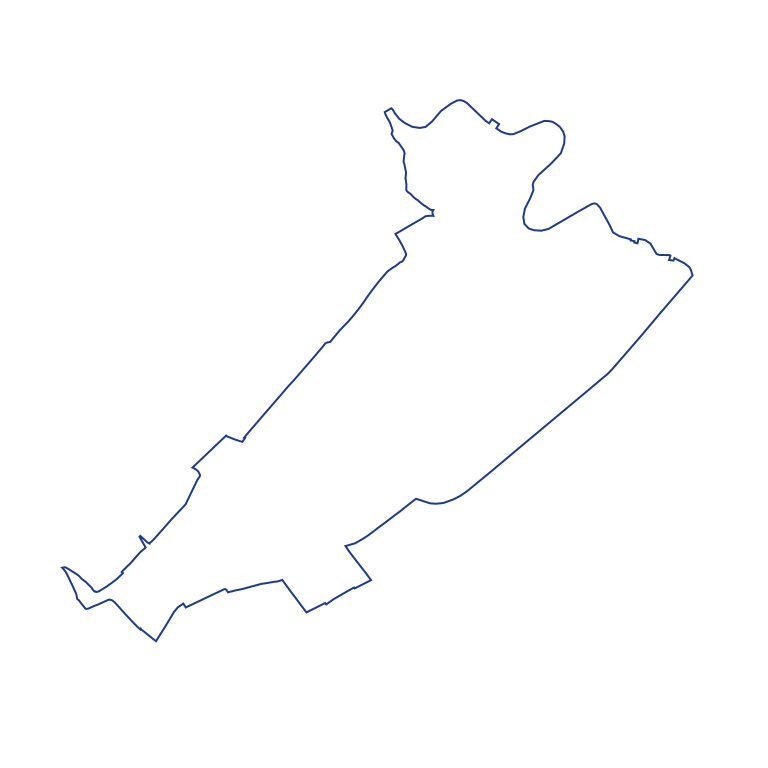 the district of Dobroesti, Ilfov, Romania, rotated 190°
{"feature_id": "2599482B22060634534240", "entity_name": "Dobroesti", "entity_type": "district", "adm_level": 2, "iso_a3": "ROU", "parent_name": "Romania", "parent_adm1": "Ilfov", "projection": "mercator", "projection_center": [26.199, 44.47], "detail": "fine", "context": "isolated", "style": "outline", "palette": "blue", "viewbox_px": 768, "rotation_deg": 190, "n_neighbors": 0, "source": "geoboundaries", "source_scale": "gbopen_adm2", "svg_char_len": 5376}
<svg xmlns="http://www.w3.org/2000/svg" viewBox="0 0 768 768"><g transform="rotate(190 384 384)"><path d="M648.6,118.8L648.4,118.7L647.0,118.1L646.7,117.8L646.6,117.7L646.2,117.3L645.6,116.7L644.6,115.9L643.7,115.0L642.7,114.2L642.1,113.6L641.0,112.7L640.1,111.9L638.9,110.9L638.3,110.8L638.1,110.8L637.3,111.1L636.3,111.4L630.7,115.2L627.1,117.3L625.4,118.5L620.9,121.6L620.4,121.9L618.5,123.2L617.9,123.7L616.5,124.0L614.1,123.7L611.7,122.5L607.1,119.0L605.8,118.0L602.4,115.2L600.0,113.4L599.1,112.7L590.3,106.1L587.6,104.1L583.7,101.4L581.2,99.9L581.0,100.6L580.8,100.3L580.7,100.2L578.5,99.1L574.1,96.7L568.8,93.8L568.7,93.7L564.6,91.5L563.9,91.1L562.8,93.7L562.0,95.7L560.2,100.1L558.5,104.3L557.4,107.0L554.4,114.6L553.0,118.4L552.8,118.8L551.9,121.3L551.5,122.3L551.4,122.7L551.3,122.9L550.6,124.1L548.3,128.2L546.5,130.0L544.6,131.8L543.5,132.9L540.4,129.5L540.0,129.8L514.6,147.9L509.9,151.1L506.3,153.8L504.7,154.5L503.8,154.2L502.7,153.1L501.4,151.7L499.1,152.9L498.1,153.2L497.3,153.6L494.8,154.8L491.7,156.0L488.8,157.1L485.3,158.7L483.2,159.7L480.6,160.9L478.6,161.9L474.4,163.8L470.3,165.8L467.8,166.6L464.6,167.7L460.1,169.3L457.2,170.3L455.5,170.7L452.7,172.0L450.2,173.4L449.0,172.3L447.5,170.8L438.7,162.4L433.1,157.2L430.6,154.8L423.5,148.2L420.7,145.6L403.9,158.1L402.6,156.9L396.2,163.4L383.9,173.7L378.1,178.4L377.3,177.6L369.4,183.6L368.3,184.4L367.1,185.3L364.3,187.4L362.7,188.6L369.0,194.6L382.3,206.6L389.4,213.2L393.8,217.7L390.7,219.2L389.0,220.1L387.1,221.0L385.1,221.9L382.5,224.0L380.1,226.0L376.3,229.3L372.7,232.8L369.7,236.0L364.9,241.3L362.3,244.0L358.8,247.7L356.1,250.6L349.5,257.8L347.9,259.4L345.9,261.5L344.5,263.1L342.8,265.2L337.4,271.2L334.5,274.4L334.4,274.5L334.1,274.9L332.8,276.1L332.5,276.5L329.3,276.1L318.0,274.5L312.0,275.1L305.3,277.0L304.0,277.6L295.8,282.3L289.5,287.0L284.0,292.4L273.5,304.6L262.7,317.2L256.4,324.7L249.2,333.3L242.3,341.6L216.3,372.4L177.4,418.6L170.8,426.5L165.3,433.0L161.4,438.9L153.3,452.4L138.3,477.5L124.5,501.4L103.1,537.4L99.0,544.4L101.5,549.5L103.4,552.0L109.0,555.0L119.8,558.4L120.3,555.8L124.8,555.6L124.2,560.1L125.2,560.5L135.3,558.9L138.2,559.4L146.1,568.6L151.8,571.1L158.7,571.2L158.8,566.6L162.1,566.8L162.1,568.1L166.0,568.2L166.0,569.3L178.0,570.5L184.8,573.1L189.2,579.4L201.8,595.2L205.8,598.2L208.2,598.4L210.7,597.3L222.9,587.3L248.9,565.3L255.7,562.3L262.6,561.5L268.3,562.2L273.5,566.0L275.8,572.6L275.7,581.1L272.3,592.2L270.5,600.9L272.1,606.0L271.8,609.1L268.2,616.6L257.4,630.5L249.9,642.0L248.3,652.0L249.1,659.2L251.3,663.5L255.4,667.7L260.2,670.2L263.9,671.5L267.4,671.5L271.9,670.9L285.3,662.7L293.2,656.8L300.0,652.5L303.6,651.7L307.9,652.0L312.6,652.9L317.8,655.3L315.8,659.9L323.6,663.5L325.7,659.0L329.8,660.9L343.1,669.8L351.3,675.2L354.6,676.5L357.6,676.9L361.4,675.8L366.8,671.6L375.2,662.9L382.3,650.8L387.7,644.4L393.2,642.4L400.8,642.2L408.8,644.6L415.2,647.9L420.8,653.0L422.6,655.3L424.5,656.8L425.5,656.2L428.0,654.0L430.5,651.9L429.5,650.0L428.4,648.5L427.0,646.6L425.4,644.8L423.5,642.4L421.8,639.4L419.4,634.9L420.0,631.6L416.9,627.7L414.1,625.2L411.5,624.0L409.3,621.8L405.2,617.6L403.7,614.7L403.8,612.6L403.6,610.0L403.5,608.0L403.2,606.0L401.9,603.5L400.1,598.9L399.0,596.1L398.9,594.3L398.6,592.4L398.7,591.0L396.6,584.5L395.8,579.2L394.9,577.9L393.7,577.1L390.6,575.7L388.8,574.2L386.8,572.8L384.4,571.5L382.5,570.8L378.9,568.5L376.5,567.3L375.2,566.6L374.1,566.4L372.0,565.3L370.0,564.3L367.8,563.6L365.6,563.9L366.2,562.2L365.9,560.5L364.6,558.1L365.4,558.1L368.5,557.5L370.6,557.0L370.9,556.9L372.4,556.3L374.3,554.4L380.4,549.2L383.7,546.5L390.4,540.8L394.6,537.2L397.2,535.1L398.8,533.8L397.3,532.1L393.6,528.0L389.4,522.7L387.9,520.5L386.2,518.1L384.8,516.0L384.7,514.5L385.8,511.5L386.1,510.3L386.9,508.5L387.9,507.3L389.4,506.6L390.1,505.7L391.0,504.5L392.2,503.2L393.3,502.0L394.6,501.0L397.2,498.5L400.3,495.2L402.7,491.1L403.7,489.5L407.0,483.8L411.6,475.1L414.6,469.1L418.5,460.5L421.3,454.8L425.7,446.6L429.8,439.7L436.7,429.5L440.8,422.3L443.6,417.3L443.8,416.9L443.9,416.6L444.0,416.4L444.1,416.2L447.8,414.7L448.9,413.8L449.2,413.2L450.4,410.8L458.8,396.5L468.9,379.6L473.0,372.8L478.2,364.6L485.0,353.1L495.9,334.9L510.4,310.5L512.4,306.9L511.5,306.8L513.4,302.4L516.9,302.8L522.5,303.7L529.3,305.1L529.6,305.1L530.5,305.8L558.1,268.4L556.4,267.9L554.6,267.3L551.8,265.7L550.2,263.6L549.5,262.6L549.4,262.3L549.4,261.5L549.5,260.7L551.2,257.0L558.1,232.5L558.4,231.2L569.7,213.9L581.0,195.4L585.4,188.6L586.3,187.7L587.0,187.0L587.1,186.1L589.5,186.9L597.6,192.1L598.3,191.2L590.3,181.5L594.9,176.0L595.7,174.6L596.9,172.8L599.8,167.9L603.2,162.4L603.8,161.6L604.3,161.1L605.0,160.2L607.2,157.0L609.7,153.3L608.3,152.4L608.5,152.0L609.2,151.1L609.9,150.1L611.1,148.5L611.8,147.5L613.6,145.2L614.4,144.2L615.6,142.9L616.1,142.4L616.4,142.1L616.8,141.8L617.0,141.5L617.6,140.8L618.0,140.4L619.2,139.2L620.1,138.3L621.4,136.9L625.6,133.1L626.8,132.1L628.5,130.5L630.3,129.5L631.5,129.3L632.4,129.6L632.7,129.3L633.7,129.8L634.6,130.5L635.3,131.2L636.6,132.6L638.9,134.2L639.5,134.6L642.6,136.8L643.3,137.3L647.6,139.4L650.0,141.2L651.4,142.2L652.2,142.6L654.7,143.8L656.9,144.7L658.5,145.3L661.1,146.4L663.3,147.3L664.3,147.5L664.8,147.8L665.7,148.0L666.5,148.1L667.0,148.0L669.0,147.2L668.1,146.6L664.3,143.2L661.5,139.3L655.7,131.2L650.5,123.6L649.6,121.2L648.6,118.8Z" fill="none" stroke="#1e3a8a" stroke-width="2"/></g></svg>